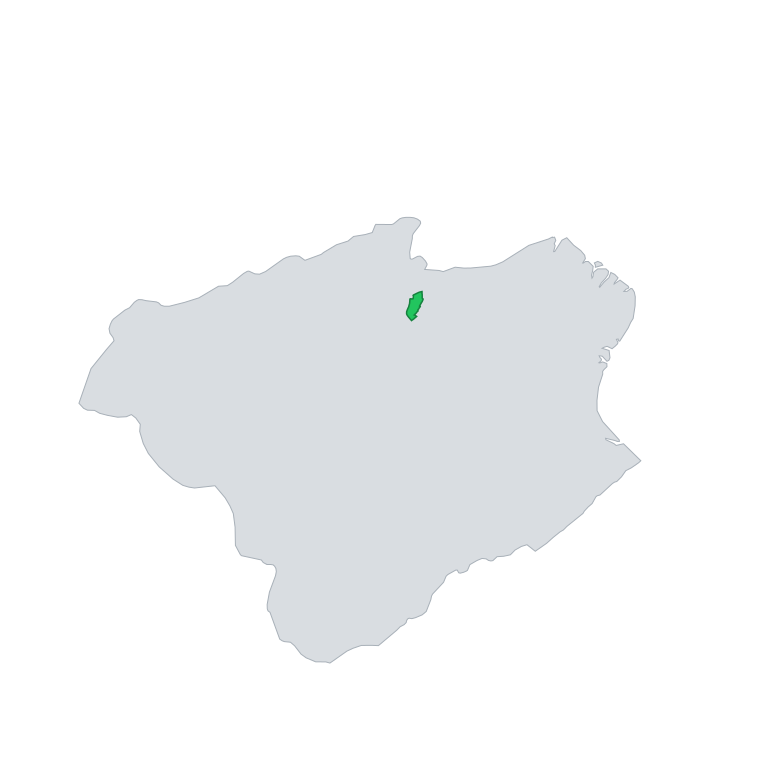 Ukum, Benue, Nigeria shown in context, rotated 228°
{"feature_id": "59680162B14415495238729", "entity_name": "Ukum", "entity_type": "district", "adm_level": 2, "iso_a3": "NGA", "parent_name": "Nigeria", "parent_adm1": "Benue", "projection": "equal_earth", "projection_center": [9.596, 7.583], "detail": "fine", "context": "in_parent", "style": "filled", "palette": "green", "viewbox_px": 768, "rotation_deg": 228, "n_neighbors": 0, "source": "geoboundaries", "source_scale": "gbopen_adm2", "svg_char_len": 5262}
<svg xmlns="http://www.w3.org/2000/svg" viewBox="0 0 768 768"><g transform="rotate(228 384 384)"><path d="M573.8,144.4L591.5,176.6L595.3,200.5L596.8,212.3L599.7,213.7L605.1,214.3L609.1,216.7L611.5,220.6L613.0,224.3L613.3,226.5L612.3,240.8L610.9,246.0L611.8,253.1L611.5,256.2L610.9,258.2L608.5,260.6L605.2,262.9L597.3,269.8L595.1,270.8L591.7,271.0L588.9,272.7L585.5,276.4L578.2,290.2L571.9,304.0L567.4,326.4L561.9,333.4L560.9,339.6L560.1,353.6L559.2,357.8L558.3,359.1L552.3,361.7L548.9,365.0L546.8,371.3L544.3,392.9L543.3,396.4L541.4,400.2L538.3,404.2L535.7,406.5L528.8,408.0L522.3,424.2L522.2,427.0L519.3,441.8L514.3,452.9L514.0,460.1L507.7,469.9L504.4,476.6L507.8,483.5L508.1,484.7L497.3,496.5L496.6,498.3L496.2,506.4L495.3,508.6L493.3,511.6L490.4,514.9L487.4,517.5L484.1,519.2L480.8,519.9L479.0,518.9L478.0,516.4L476.2,506.4L475.2,504.3L473.1,502.3L464.8,491.3L459.7,487.4L458.6,487.7L457.8,488.8L456.4,494.3L454.9,496.4L452.3,497.1L447.6,497.1L444.3,496.3L443.5,495.2L441.9,490.9L431.5,500.9L427.9,503.2L423.2,515.0L416.7,520.9L412.2,526.0L400.1,542.2L397.7,546.9L395.3,554.0L390.1,584.4L381.7,603.3L380.6,607.4L380.1,607.2L379.0,609.0L375.8,607.8L374.3,604.3L372.3,603.8L368.9,598.6L368.2,599.5L371.8,612.5L370.4,617.7L360.2,617.8L351.4,619.5L345.4,619.3L342.4,617.5L341.0,612.6L340.5,613.1L340.2,615.7L338.3,617.8L331.5,618.2L328.5,614.8L326.1,611.1L323.5,609.4L323.9,611.0L326.8,614.6L326.5,619.9L321.0,626.0L317.5,626.3L315.4,623.7L314.3,619.4L313.7,613.1L312.3,609.0L311.5,609.0L312.5,615.8L312.5,622.3L315.1,627.2L311.1,628.8L306.3,629.0L305.7,627.1L305.1,623.0L304.3,621.9L303.3,628.9L293.4,630.9L292.0,630.6L291.7,629.3L292.5,627.3L292.3,624.2L290.2,626.6L289.8,631.5L288.6,632.2L284.8,631.5L280.7,629.1L274.1,622.9L266.0,613.0L264.7,608.5L262.3,603.0L258.1,587.9L258.9,587.2L260.8,588.1L261.7,586.6L258.3,585.6L257.6,584.5L257.4,581.2L257.6,577.1L262.7,575.0L263.9,572.5L264.6,570.0L258.3,573.7L252.3,569.5L251.1,566.9L251.7,564.9L258.6,564.8L261.0,562.8L259.5,562.2L256.9,562.2L256.0,560.9L256.0,557.9L255.2,558.5L254.1,561.3L250.1,563.3L247.7,561.3L247.5,556.8L247.0,554.8L245.0,553.2L238.1,541.3L229.4,531.4L221.6,524.5L209.8,521.3L185.1,521.4L183.8,520.5L185.3,518.9L187.5,517.8L195.4,512.3L194.1,511.6L185.8,515.0L183.0,515.4L179.3,522.0L155.1,523.5L155.1,520.4L156.2,511.7L157.8,505.7L156.1,498.4L155.8,491.7L156.8,489.7L157.2,487.2L157.0,470.2L158.3,467.7L158.4,466.0L155.9,458.7L156.0,453.2L155.5,447.8L154.7,445.4L155.8,424.7L155.5,419.6L156.3,415.9L156.8,407.0L156.8,398.3L158.5,384.5L168.9,382.7L171.4,377.3L172.9,370.4L172.5,363.6L175.9,357.7L180.0,352.5L179.9,346.7L181.0,345.0L183.0,343.6L185.7,342.9L188.8,340.1L190.6,335.0L192.3,327.0L189.7,321.4L189.8,320.2L190.8,317.2L192.4,314.1L193.7,313.2L196.7,313.9L197.7,312.8L199.7,303.9L199.6,301.5L196.8,295.6L195.4,279.5L194.6,277.4L192.4,274.5L186.7,263.2L186.9,257.9L189.3,251.0L191.0,247.7L193.2,245.9L193.6,244.3L193.0,242.4L191.9,240.9L191.7,237.9L192.8,233.6L192.5,228.9L193.3,204.8L198.0,200.0L204.9,192.2L208.4,184.0L210.3,177.7L212.8,157.1L216.4,154.8L223.3,147.3L232.6,142.9L238.7,141.6L249.3,142.4L254.7,141.7L259.2,137.6L261.3,136.5L264.2,135.8L290.6,146.5L293.0,146.0L295.0,146.8L298.3,149.6L306.0,159.6L314.1,175.1L316.6,178.4L319.2,180.2L321.8,180.8L323.8,180.6L325.6,179.1L328.2,176.2L332.1,174.8L335.3,175.1L351.8,163.2L353.4,163.1L363.5,165.6L377.2,177.5L388.5,185.3L396.4,187.9L405.7,189.8L421.5,190.3L433.5,173.6L437.9,170.0L443.3,166.7L454.4,163.6L472.8,161.5L490.1,162.4L500.9,165.3L512.2,170.7L517.1,175.9L524.8,176.8L530.3,175.8L532.1,170.6L537.6,163.8L545.8,157.5L552.5,153.1L558.1,151.2L563.0,146.1L566.9,144.5L573.8,144.4ZM332.1,624.9L328.4,626.5L325.9,626.1L329.3,619.2L331.0,620.7L333.2,621.3L332.1,624.9Z" fill="#d9dde1" stroke="#a8b0b8" stroke-width="1"/><path d="M428.5,458.8L426.6,456.7L426.2,456.1L426.0,455.7L425.2,454.5L424.8,453.9L424.4,452.9L423.6,451.1L422.6,449.2L421.0,447.7L420.0,447.4L419.7,447.3L419.4,447.2L417.1,447.0L416.7,447.0L413.3,446.9L412.7,446.9L412.7,447.6L412.5,448.4L412.6,448.9L412.4,449.5L412.4,450.1L412.5,450.4L412.4,451.1L412.5,451.7L412.3,452.0L412.4,452.9L412.4,453.5L412.7,453.4L413.0,453.4L413.3,453.3L413.7,453.1L414.2,453.0L414.6,452.9L415.0,452.7L414.9,453.6L415.2,454.1L415.2,454.8L415.2,455.6L415.2,455.9L415.3,456.2L415.4,456.3L415.5,456.5L415.6,457.3L415.7,457.8L415.5,458.1L415.9,458.5L416.1,458.5L416.3,458.7L416.4,458.9L416.6,459.4L416.5,459.9L416.7,460.3L416.9,461.0L417.0,461.4L417.1,461.5L417.1,461.8L417.4,462.2L417.2,462.4L417.3,462.6L417.6,462.3L417.9,462.3L418.3,462.8L418.3,463.0L418.4,463.4L418.5,463.9L418.6,464.0L418.8,464.3L419.0,465.4L419.3,465.6L419.5,466.8L419.8,467.8L420.0,468.0L420.2,468.6L420.4,469.0L420.7,469.4L420.9,469.9L421.0,469.9L421.6,469.9L421.8,469.7L422.4,470.0L422.9,470.4L423.6,471.1L425.5,472.7L425.8,472.8L426.0,472.8L426.8,473.8L427.3,474.1L427.4,473.9L427.6,473.6L427.8,473.1L428.1,472.7L428.3,472.2L428.5,471.9L428.7,471.3L428.9,470.9L429.2,469.7L429.4,469.2L430.0,466.9L430.2,466.4L430.3,465.9L430.4,465.5L430.4,465.0L430.2,465.0L429.9,464.9L429.6,464.6L429.4,464.4L429.0,464.0L428.4,463.3L427.9,462.7L428.3,462.0L428.9,461.3L429.2,461.0L429.7,460.6L429.8,460.2L429.5,459.8L429.3,459.7L429.0,459.3L428.5,458.8Z" fill="#22c55e" stroke="#15803d" stroke-width="1.5"/></g></svg>